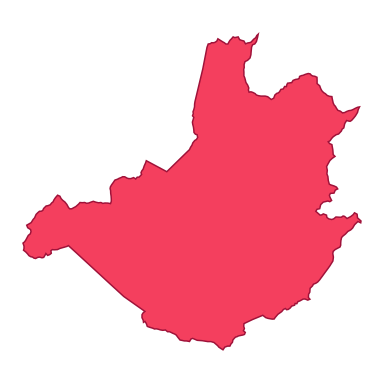 Icó, Ceará, Brazil
{"feature_id": "56859067B37935390607257", "entity_name": "Icó", "entity_type": "district", "adm_level": 2, "iso_a3": "BRA", "parent_name": "Brazil", "parent_adm1": "Ceará", "projection": "natural_earth1", "projection_center": [-38.777, -6.36], "detail": "fine", "context": "isolated", "style": "filled", "palette": "rose", "viewbox_px": 384, "rotation_deg": 0, "n_neighbors": 0, "source": "geoboundaries", "source_scale": "gbopen_adm2", "svg_char_len": 5278}
<svg xmlns="http://www.w3.org/2000/svg" viewBox="0 0 384 384"><path d="M143.5,322.3L144.9,321.4L146.3,323.5L147.3,326.4L149.4,327.2L152.8,328.2L154.5,329.0L156.3,328.8L158.2,329.2L160.4,329.9L162.8,330.3L165.5,330.0L167.5,331.7L169.5,331.7L171.0,332.4L172.8,333.3L174.6,334.0L176.3,335.1L177.4,336.7L180.0,340.0L182.5,340.5L184.2,340.9L186.9,341.0L189.5,341.5L191.1,338.9L192.7,338.4L197.2,340.3L202.4,340.7L207.8,341.6L211.0,341.6L214.0,342.5L217.7,345.7L218.8,347.1L221.2,348.7L223.0,349.8L224.8,347.1L227.6,346.1L229.9,346.1L231.0,343.9L232.4,342.4L232.9,340.0L234.3,338.3L235.5,337.1L237.0,336.7L238.5,335.9L242.9,335.0L244.5,334.4L245.3,332.4L243.4,330.8L244.4,328.6L243.7,326.2L244.0,323.6L252.6,319.5L262.8,315.3L265.7,317.6L268.1,318.4L270.4,318.8L272.2,319.1L274.2,319.0L275.1,317.6L277.9,314.3L281.7,311.6L283.4,309.5L285.3,308.5L286.6,309.7L288.3,309.4L290.2,308.0L291.7,306.1L294.6,305.2L295.1,303.5L296.8,303.7L298.0,301.5L299.7,301.0L303.1,299.1L305.0,299.0L307.8,300.1L309.9,299.2L308.4,297.5L308.6,294.2L309.8,292.2L310.1,288.3L312.5,285.9L313.4,284.2L315.9,283.2L317.7,282.0L319.6,279.9L326.5,270.5L327.9,268.6L329.9,265.8L332.9,261.0L333.4,257.1L332.8,253.5L333.2,251.4L335.1,249.6L337.5,248.3L340.0,247.0L340.7,245.2L340.7,243.2L340.9,240.6L341.6,237.5L343.0,236.0L345.5,234.0L347.9,231.4L350.7,229.9L352.6,228.1L354.6,224.7L357.9,221.5L360.7,222.8L361.0,221.0L357.5,217.8L357.1,214.2L354.5,212.8L353.2,214.6L350.8,216.5L347.0,218.5L344.6,216.4L343.1,216.0L341.3,217.2L339.1,217.2L335.9,217.0L333.6,218.9L331.7,219.5L328.9,218.9L326.9,217.5L326.5,215.1L323.3,213.9L321.7,214.9L320.1,215.1L315.8,211.3L317.0,209.3L319.7,208.7L320.7,204.6L323.3,202.1L325.5,201.6L327.9,201.0L329.8,201.7L331.6,200.5L329.9,197.0L329.4,195.2L330.4,193.4L334.0,193.1L335.3,190.1L337.7,188.9L336.5,187.1L334.2,186.0L330.8,184.9L329.3,184.2L328.3,180.5L327.9,176.5L326.9,173.9L327.3,170.4L326.6,166.6L327.9,164.1L329.9,160.5L332.3,158.3L335.0,156.4L333.2,154.6L332.8,149.7L331.9,144.6L329.6,143.6L328.2,141.8L330.0,140.8L331.7,138.4L333.3,136.7L336.2,134.7L338.6,134.0L341.4,131.0L342.1,129.2L343.8,127.9L344.7,123.7L346.6,120.5L348.3,121.0L350.1,121.3L351.6,120.4L353.5,118.3L355.5,115.8L357.5,112.5L358.2,109.7L359.5,106.9L357.5,107.3L355.3,108.3L353.3,109.4L351.2,110.3L348.7,110.7L346.6,111.5L344.8,112.5L342.5,112.9L340.4,111.2L337.8,110.3L336.3,108.0L335.4,106.3L334.2,105.1L333.2,103.0L332.7,100.8L332.2,98.5L331.9,96.6L329.5,96.3L327.3,95.5L325.4,93.7L323.6,92.6L321.8,90.7L320.7,88.6L319.7,85.8L317.1,83.6L317.1,80.5L317.0,77.3L314.9,76.3L312.8,76.0L311.4,75.3L310.2,73.9L308.2,73.5L305.2,74.4L303.1,75.3L301.5,75.6L299.6,76.4L299.2,78.3L297.8,79.1L295.6,79.4L293.1,80.4L291.7,82.6L289.7,82.9L287.6,83.2L286.8,84.8L286.4,86.6L284.6,86.5L283.3,88.9L280.9,89.4L279.5,91.8L278.3,92.9L276.7,93.4L274.9,95.0L273.7,98.2L271.2,99.5L269.6,98.2L267.7,96.7L265.2,96.1L263.1,96.1L261.0,96.1L258.6,95.7L256.4,95.0L255.1,93.6L252.8,92.4L250.9,91.8L249.1,92.2L248.4,90.0L248.8,88.0L247.7,85.2L245.9,82.4L245.2,79.4L244.6,77.4L243.9,75.8L243.9,72.1L243.7,69.4L244.2,67.6L244.1,64.6L245.0,61.6L247.6,60.3L250.0,58.0L250.9,54.8L251.1,52.0L251.3,50.0L251.6,47.1L252.5,44.8L254.8,43.9L256.4,41.6L257.5,37.6L258.2,34.2L256.8,35.5L255.7,37.7L253.7,39.2L251.1,42.1L249.5,42.7L247.9,42.9L245.5,43.8L243.9,41.0L241.3,40.3L239.6,39.6L238.2,36.9L234.8,37.6L233.1,36.9L231.6,38.7L230.1,40.2L229.1,41.7L227.9,44.0L225.9,44.0L224.3,42.7L222.8,41.9L220.1,40.2L217.9,38.8L216.8,41.1L215.1,42.3L213.3,42.8L211.6,42.7L210.2,43.7L208.2,44.0L207.0,47.3L202.8,68.9L195.0,101.5L194.6,104.0L194.5,107.0L193.8,109.7L193.0,111.8L193.3,113.6L192.5,115.8L193.8,117.3L193.2,119.4L192.4,122.1L192.7,124.2L193.4,126.9L193.8,129.7L194.0,132.5L195.4,134.2L197.1,134.7L197.7,137.5L196.4,139.5L194.7,140.5L192.8,142.9L192.0,145.1L190.5,147.4L189.5,149.6L186.5,152.5L166.8,171.7L146.3,160.7L145.5,163.1L144.3,165.7L143.1,169.2L141.8,170.9L141.0,172.7L141.6,174.4L140.3,175.9L139.0,177.1L137.2,177.2L135.7,179.0L133.6,177.6L130.9,178.6L128.7,178.6L127.0,178.1L124.8,176.8L122.7,176.7L121.0,177.6L119.1,178.3L117.5,179.2L114.9,180.1L113.2,182.6L111.6,184.8L110.4,186.9L110.1,188.7L110.6,190.6L110.7,193.4L111.1,196.1L111.3,199.1L111.3,201.3L110.5,203.6L107.9,203.1L104.9,203.0L102.8,203.4L100.9,202.5L98.6,202.8L95.9,202.2L93.3,201.3L90.7,202.2L88.8,203.0L86.6,203.3L84.7,202.5L82.3,202.7L80.0,202.5L78.6,204.1L75.8,206.6L73.7,207.7L71.7,208.8L69.7,208.8L68.5,207.5L66.9,204.5L64.9,202.0L62.8,200.4L61.1,198.6L59.9,196.2L57.6,195.2L55.5,197.6L53.9,200.0L53.1,201.8L51.6,203.0L50.2,204.8L48.1,205.6L46.1,206.0L44.9,207.2L43.6,208.5L42.9,210.2L41.5,211.2L39.4,211.3L37.8,212.7L36.1,214.4L34.6,217.8L33.1,219.5L31.2,222.6L29.7,223.5L26.7,225.2L27.7,227.7L30.6,229.6L31.0,231.6L30.3,233.8L28.3,235.4L25.6,240.4L24.4,242.0L23.0,243.1L24.0,246.1L24.0,248.5L23.5,250.2L25.7,251.9L27.6,253.9L28.9,255.6L30.7,256.7L32.6,257.1L33.9,258.1L35.6,258.5L37.7,257.4L39.5,257.1L42.0,257.8L43.7,257.4L45.0,255.3L45.9,253.5L47.6,255.4L49.7,254.6L51.3,253.3L50.9,250.7L52.3,249.6L54.0,249.8L57.4,249.6L60.0,248.4L62.5,247.7L64.6,247.1L67.0,246.4L68.4,245.6L76.4,252.9L77.7,254.1L97.7,272.5L108.1,282.1L123.8,296.5L144.9,311.4L143.0,313.0L142.0,314.7L142.0,317.7L143.2,320.2L143.5,322.3Z" fill="#f43f5e" stroke="#9f1239" stroke-width="1.5"/></svg>